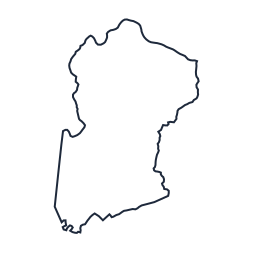 outline of Santa Terezinha, Bahia, Brazil, rotated 4°
{"feature_id": "56859067B33761170637815", "entity_name": "Santa Terezinha", "entity_type": "district", "adm_level": 2, "iso_a3": "BRA", "parent_name": "Brazil", "parent_adm1": "Bahia", "projection": "mercator", "projection_center": [-39.565, -12.74], "detail": "fine", "context": "isolated", "style": "outline", "palette": "slate", "viewbox_px": 256, "rotation_deg": 4, "n_neighbors": 0, "source": "geoboundaries", "source_scale": "gbopen_adm2", "svg_char_len": 2961}
<svg xmlns="http://www.w3.org/2000/svg" viewBox="0 0 256 256"><g transform="rotate(4 128 128)"><path d="M91.9,227.0L93.2,224.7L94.1,223.1L95.1,221.7L96.7,219.3L98.6,217.3L100.7,215.6L105.1,218.0L109.4,221.8L115.5,215.4L116.7,216.5L117.9,218.1L119.6,217.5L121.1,216.5L122.5,215.6L125.1,214.6L128.2,212.0L129.8,210.9L132.4,210.3L135.6,209.3L138.3,208.5L141.1,208.6L143.1,207.4L144.5,206.0L147.0,204.3L152.4,202.5L159.4,200.1L172.8,192.9L173.2,190.0L173.0,187.8L171.2,186.5L168.4,186.3L167.7,184.0L166.4,182.6L165.8,181.0L167.5,179.1L167.5,176.6L166.6,174.5L165.2,173.5L164.0,172.0L163.9,170.2L162.4,169.7L160.3,169.4L158.4,169.3L157.0,168.4L156.4,166.5L157.5,165.2L158.0,163.1L157.9,160.2L158.0,157.7L158.4,154.9L158.8,152.6L159.7,150.4L160.3,148.4L159.5,146.6L159.5,144.0L158.7,141.7L159.8,140.1L160.4,137.8L160.2,135.4L160.8,133.8L160.1,131.8L158.5,129.6L159.8,128.6L161.1,127.6L161.8,125.4L162.8,122.6L164.8,122.8L167.0,122.7L168.2,121.2L167.6,119.6L169.7,118.9L173.4,119.1L174.8,116.9L175.7,115.5L175.4,113.5L175.9,111.5L176.2,109.1L176.2,107.5L177.2,105.7L179.8,104.0L181.5,102.6L183.3,101.1L185.4,100.1L187.4,98.7L190.5,97.6L191.7,95.5L194.3,93.7L195.0,92.2L195.6,89.8L195.2,87.5L195.1,84.7L193.6,82.6L193.2,80.1L194.1,78.3L195.2,76.5L194.4,73.8L192.8,72.0L192.2,70.2L191.8,67.4L191.9,65.2L192.0,61.4L191.6,58.5L192.2,56.5L189.9,55.9L187.8,56.1L185.5,56.0L183.1,55.3L181.4,53.7L179.8,52.2L177.0,51.2L174.8,50.5L171.9,49.0L168.9,47.2L167.3,46.4L165.0,45.7L162.0,44.8L160.3,44.2L158.2,43.1L155.7,42.2L153.8,41.8L151.3,41.3L149.4,41.2L146.7,41.0L144.8,40.8L142.6,40.0L140.0,38.3L138.0,36.4L136.9,34.9L135.9,33.1L134.8,30.7L134.4,28.7L133.0,25.0L131.5,23.5L129.9,22.6L128.3,21.9L126.0,21.0L123.5,20.7L121.4,20.3L119.4,19.8L117.1,20.1L115.3,21.3L113.7,23.1L112.2,25.4L110.8,28.6L108.9,30.1L106.5,31.1L103.8,31.8L101.5,33.5L100.3,35.3L100.7,37.2L100.8,39.2L100.3,40.9L99.2,43.8L97.8,45.2L95.1,46.8L92.2,46.9L90.1,45.1L89.3,43.3L87.8,40.8L86.0,39.2L84.3,38.5L82.9,39.4L81.7,40.7L80.5,41.9L79.5,43.5L78.9,46.2L76.8,48.5L74.9,49.3L74.7,51.4L74.0,52.8L72.3,54.3L70.6,55.6L70.2,57.8L68.1,60.6L66.5,63.2L66.0,65.5L65.1,67.9L65.0,69.8L65.5,72.2L66.4,74.2L67.4,76.7L69.2,78.3L71.3,79.5L72.8,80.4L72.6,83.0L72.6,85.5L74.3,86.7L75.5,88.0L75.1,89.7L74.6,91.3L74.5,93.5L73.2,95.8L71.7,97.0L70.8,98.6L71.0,101.0L72.3,103.2L73.8,105.2L74.5,107.2L75.3,108.9L75.4,110.9L76.4,112.5L76.1,114.5L78.5,122.3L79.6,123.5L81.1,124.4L83.3,126.3L84.9,128.2L84.5,130.2L83.6,131.6L82.7,132.9L81.8,134.4L80.4,136.5L77.9,138.6L75.4,139.9L73.4,140.7L71.2,139.9L70.3,137.8L69.2,135.7L67.5,134.1L65.7,134.2L63.4,135.6L62.7,148.9L61.6,177.8L60.4,211.6L68.4,226.7L70.2,224.7L72.1,224.5L72.4,226.8L73.1,229.5L71.4,230.3L69.8,231.4L70.9,233.7L73.6,234.3L74.1,232.5L75.3,230.8L76.9,229.2L78.6,229.7L79.8,231.1L78.9,232.8L77.5,234.5L79.9,235.7L82.5,236.2L84.3,236.2L85.5,235.0L87.7,235.5L87.9,233.3L87.4,231.2L87.9,228.8L89.7,227.6L91.9,227.0Z" fill="none" stroke="#1e293b" stroke-width="2"/></g></svg>